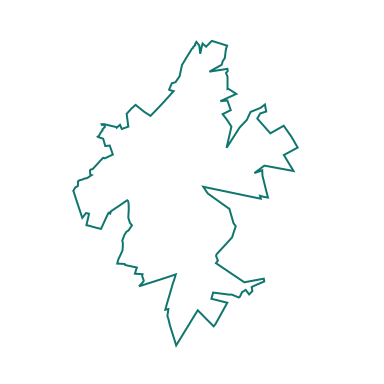 Cuatro Ciénegas, Coahuila, Mexico, rotated 254°
{"feature_id": "50627088B85021541458724", "entity_name": "Cuatro Ciénegas", "entity_type": "district", "adm_level": 2, "iso_a3": "MEX", "parent_name": "Mexico", "parent_adm1": "Coahuila", "projection": "mercator", "projection_center": [-102.307, 26.665], "detail": "fine", "context": "isolated", "style": "outline", "palette": "teal", "viewbox_px": 384, "rotation_deg": 254, "n_neighbors": 0, "source": "geoboundaries", "source_scale": "gbopen_adm2", "svg_char_len": 3686}
<svg xmlns="http://www.w3.org/2000/svg" viewBox="0 0 384 384"><g transform="rotate(254 192 192)"><path d="M291.3,161.8L288.9,156.8L285.1,150.7L271.5,148.7L272.4,148.7L271.9,141.9L276.4,141.3L274.6,137.4L275.1,137.4L276.7,134.6L279.2,130.1L281.3,126.5L281.7,125.3L282.1,123.8L281.4,123.8L280.7,126.2L278.6,126.2L277.7,124.6L277.4,124.3L277.1,123.4L275.7,122.8L275.5,122.1L274.7,121.3L274.2,120.6L272.9,119.2L271.8,118.3L271.1,116.6L270.7,116.9L267.7,121.3L260.1,121.3L259.6,124.0L259.3,125.7L252.6,126.1L249.8,126.2L248.4,117.4L249.3,116.2L249.3,115.8L247.4,112.6L245.4,109.4L241.4,102.8L241.5,100.6L240.6,99.8L236.6,99.0L235.9,100.1L235.7,99.3L234.3,95.2L234.5,92.5L234.2,90.2L234.3,87.1L233.7,85.4L229.2,83.9L229.1,83.6L228.5,81.0L225.8,78.2L223.9,78.4L216.6,78.6L209.1,78.9L199.9,79.3L197.4,79.4L199.9,82.9L200.4,83.6L201.0,84.3L199.5,87.0L194.2,84.2L193.7,83.8L189.2,81.4L188.0,83.6L186.6,85.9L184.5,89.3L181.6,94.3L183.4,95.9L187.0,99.0L191.1,102.5L194.7,105.7L194.9,106.2L195.1,106.6L193.8,107.4L195.8,108.8L197.4,113.6L198.9,118.4L200.0,121.6L201.1,124.8L201.9,127.4L201.0,128.0L200.0,128.0L199.0,128.0L194.5,126.9L191.8,126.1L184.9,123.7L179.5,123.8L176.5,125.1L172.5,120.3L171.9,118.1L169.4,115.2L164.3,111.5L162.1,111.5L157.6,110.1L157.4,110.0L155.0,109.1L150.1,104.9L147.4,102.5L143.8,100.4L141.4,107.4L140.4,107.5L140.0,108.2L139.3,109.3L134.6,118.2L132.9,117.0L129.2,114.6L126.6,121.8L126.4,121.7L125.8,121.3L125.2,121.0L124.9,121.0L124.4,120.9L124.0,121.0L120.4,121.2L120.2,121.2L119.7,120.9L119.2,120.5L119.1,120.3L115.9,115.1L116.0,117.1L116.2,123.3L116.4,130.1L116.5,133.5L116.7,139.6L116.9,146.0L117.3,153.7L112.1,150.4L109.7,148.6L105.0,145.7L102.4,144.0L99.8,142.4L97.0,140.6L91.0,136.8L86.2,133.9L86.0,137.0L84.1,136.2L79.7,134.2L75.3,134.3L69.8,134.0L68.8,134.1L66.2,134.1L59.0,134.3L48.9,134.5L58.6,145.1L59.7,146.3L60.9,147.6L64.8,151.9L67.5,154.8L70.7,158.3L76.7,164.9L70.6,168.3L66.8,170.3L63.6,172.1L63.2,172.3L59.5,174.4L57.9,175.2L56.9,175.8L57.3,176.4L57.5,176.7L58.2,177.6L58.4,178.0L59.2,178.8L61.9,181.5L75.8,195.4L84.0,181.2L89.5,184.6L82.9,199.9L82.6,201.7L77.9,207.7L77.7,207.9L78.1,209.1L81.9,212.5L83.1,216.6L77.8,218.7L80.1,222.7L84.2,223.2L84.8,226.6L86.1,236.8L88.9,237.1L90.8,217.4L117.0,195.4L119.0,198.0L123.9,197.5L125.4,198.5L132.7,210.5L137.4,218.1L142.1,221.2L147.0,224.6L150.7,223.3L163.7,223.3L165.7,223.3L166.0,222.8L186.2,206.8L190.3,205.4L193.9,204.3L171.2,247.4L166.6,256.3L169.6,256.3L167.7,259.4L166.7,261.4L165.7,263.5L166.4,263.5L176.8,263.8L181.5,264.0L184.8,264.1L188.1,264.2L193.5,265.5L193.4,264.7L193.4,264.3L193.0,257.2L197.4,268.8L195.5,272.7L184.2,295.4L199.2,291.3L201.2,290.8L202.2,290.5L205.6,305.8L212.6,304.1L217.8,302.8L230.4,298.4L227.5,286.3L226.8,283.5L244.6,275.0L248.7,279.2L248.9,285.5L256.0,286.2L254.0,281.2L252.8,270.3L251.4,269.1L250.4,268.2L250.0,267.9L249.8,267.7L246.2,264.6L240.9,255.6L239.9,254.4L238.9,253.3L224.9,237.4L244.0,247.9L252.7,245.2L258.4,242.9L260.0,251.8L270.2,251.2L271.5,244.3L274.1,261.6L281.3,255.3L281.2,254.5L288.7,256.7L293.0,257.9L297.1,257.5L298.3,259.6L300.6,260.0L302.9,241.9L306.1,255.6L309.3,257.6L310.9,259.5L311.6,260.4L314.4,261.6L314.9,261.8L319.3,263.7L319.5,263.9L320.1,264.2L320.3,264.2L323.0,266.1L331.8,252.7L327.8,245.6L331.8,243.1L328.2,241.0L322.6,238.0L330.8,239.4L331.7,239.0L335.1,237.6L333.2,235.6L332.8,235.6L332.2,235.6L331.3,233.5L331.2,233.3L330.8,233.1L330.2,232.7L329.8,231.5L325.6,226.9L323.4,224.4L318.6,219.3L317.7,218.3L316.9,217.4L306.7,212.0L304.8,209.7L302.1,206.4L302.1,202.6L297.3,198.7L296.6,198.2L296.0,198.9L294.0,202.1L285.7,188.7L282.3,183.0L276.6,173.1L282.2,168.2L291.3,161.8Z" fill="none" stroke="#0f766e" stroke-width="2"/></g></svg>